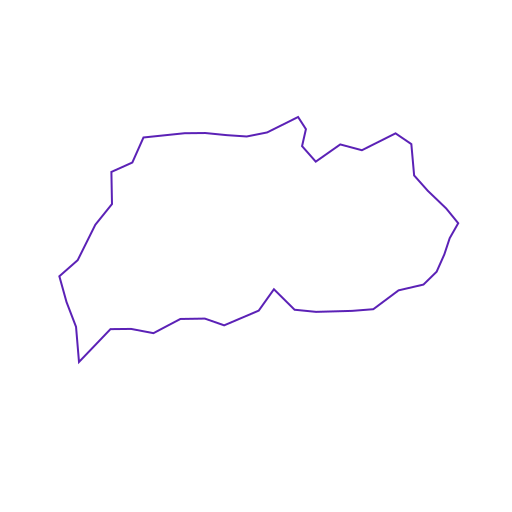 Orounta, Nicosia, Cyprus, rotated 204°
{"feature_id": "46923920B88431983225451", "entity_name": "Orounta", "entity_type": "district", "adm_level": 2, "iso_a3": "CYP", "parent_name": "Cyprus", "parent_adm1": "Nicosia", "projection": "mercator", "projection_center": [33.08, 35.094], "detail": "fine", "context": "isolated", "style": "outline", "palette": "violet", "viewbox_px": 512, "rotation_deg": 204, "n_neighbors": 0, "source": "geoboundaries", "source_scale": "gbopen_adm2", "svg_char_len": 700}
<svg xmlns="http://www.w3.org/2000/svg" viewBox="0 0 512 512"><g transform="rotate(204 256 256)"><path d="M415.5,219.2L417.2,179.7L427.4,157.5L410.4,136.9L391.6,118.1L374.6,87.2L359.2,130.0L340.4,138.6L318.3,143.8L299.5,167.7L277.3,178.0L256.9,179.7L231.3,207.2L226.1,232.9L198.9,222.6L178.4,229.4L146.0,244.9L127.2,255.1L111.8,282.6L91.4,298.0L84.6,315.1L84.6,334.0L86.3,351.1L84.6,368.2L101.6,376.8L125.5,385.4L144.3,393.9L159.6,421.4L178.4,424.8L202.3,395.7L224.4,392.2L239.8,366.5L258.6,375.1L262.0,392.2L274.1,400.1L296.1,373.4L313.1,361.4L331.9,354.5L352.4,347.7L371.2,339.1L407.0,318.5L407.0,291.1L422.3,274.0L408.7,244.9L415.5,219.2Z" fill="none" stroke="#5b21b6" stroke-width="2"/></g></svg>